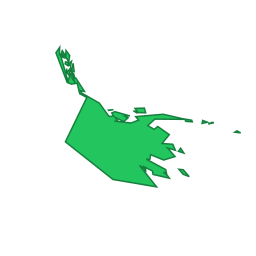 Alaska, Natural Earth projection, rotated 210°
{"feature_id": "USA-3563", "entity_name": "Alaska", "entity_type": "State", "adm_level": 1, "iso_a3": "USA", "parent_name": "United States of America", "parent_adm1": "", "projection": "natural_earth1", "projection_center": [-152.163, 61.314], "detail": "medium", "context": "isolated", "style": "filled", "palette": "green", "viewbox_px": 256, "rotation_deg": 210, "n_neighbors": 0, "source": "natural_earth", "source_scale": "10m", "svg_char_len": 1908}
<svg xmlns="http://www.w3.org/2000/svg" viewBox="0 0 256 256"><g transform="rotate(210 128 128)"><path d="M175.3,84.7L178.9,133.8L187.0,133.6L194.4,141.4L198.9,137.7L203.5,137.1L228.0,157.1L227.5,163.7L223.9,156.9L220.1,158.3L220.1,160.3L219.1,159.9L219.7,156.7L221.3,156.5L221.7,156.3L203.2,138.3L205.0,145.1L196.1,140.5L200.9,144.3L198.2,145.2L184.0,137.9L188.0,136.4L185.2,135.1L165.2,135.2L150.3,128.5L146.3,131.1L149.6,132.9L147.5,135.6L132.5,139.4L136.7,136.6L133.0,136.8L135.0,131.4L144.9,130.8L140.5,129.1L143.2,127.2L127.9,133.8L122.8,140.1L127.0,141.7L104.4,157.5L82.6,164.2L109.1,149.2L112.1,140.0L104.6,139.9L103.0,144.2L88.9,142.9L90.8,131.6L81.1,136.3L75.8,132.4L83.8,130.5L73.0,126.8L81.1,118.1L95.1,116.2L93.4,111.8L96.6,110.1L74.5,110.8L71.7,107.7L75.4,107.4L70.0,106.5L67.1,105.2L83.1,100.3L85.3,103.0L96.1,102.4L92.6,102.0L90.5,98.4L93.7,101.0L99.3,101.3L73.8,91.3L115.2,75.9L175.3,84.7ZM131.7,148.5L123.8,153.4L120.3,150.0L126.9,146.4L131.7,148.5ZM220.4,164.1L214.7,161.6L212.4,155.6L217.5,158.5L220.4,164.1ZM63.3,117.7L59.3,119.5L50.7,116.5L57.1,115.5L63.3,117.7ZM202.1,147.7L199.6,145.2L205.8,146.3L201.7,146.4L206.6,149.2L202.1,147.7ZM72.7,133.0L72.3,136.8L67.1,134.2L72.7,133.0ZM208.4,145.9L207.7,151.9L205.4,144.2L208.9,145.5L210.9,148.7L208.4,145.9ZM205.8,149.7L207.9,156.6L202.9,150.0L205.8,149.7ZM82.6,164.4L76.7,166.6L75.4,165.5L80.9,162.8L81.9,162.9L82.6,164.4ZM222.8,157.7L223.6,162.1L220.7,160.6L222.8,157.7ZM210.3,151.9L214.5,152.1L215.2,154.0L212.3,155.1L211.8,152.8L210.3,151.9ZM66.1,169.0L67.1,171.9L62.1,172.7L66.1,169.0ZM127.2,145.5L131.9,145.6L129.0,146.5L127.2,145.5ZM211.7,153.2L210.3,157.5L208.7,152.8L211.7,153.2ZM60.5,171.5L57.9,175.0L56.3,175.5L60.5,171.5ZM33.4,177.8L32.2,180.0L28.0,180.1L33.4,177.8ZM216.8,157.2L219.1,157.0L219.1,157.9L216.8,157.2ZM153.5,133.5L153.9,133.7L149.8,136.6L153.5,133.5Z" fill="#22c55e" stroke="#15803d" stroke-width="1.5"/></g></svg>